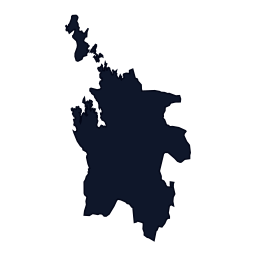 outline of Geita, Geita, United Republic of Tanzania
{"feature_id": "72390352B97667671873629", "entity_name": "Geita", "entity_type": "district", "adm_level": 2, "iso_a3": "TZA", "parent_name": "United Republic of Tanzania", "parent_adm1": "Geita", "projection": "equal_earth", "projection_center": [32.048, -2.782], "detail": "fine", "context": "isolated", "style": "filled", "palette": "ink", "viewbox_px": 256, "rotation_deg": 0, "n_neighbors": 0, "source": "geoboundaries", "source_scale": "gbopen_adm2", "svg_char_len": 5603}
<svg xmlns="http://www.w3.org/2000/svg" viewBox="0 0 256 256"><path d="M84.2,215.1L89.4,215.4L92.6,213.4L97.9,214.4L99.9,213.6L102.4,214.0L104.2,216.0L106.1,216.1L109.1,214.0L113.9,206.0L116.6,200.2L118.0,199.1L120.9,199.7L125.7,201.8L127.2,203.4L129.5,203.9L131.8,207.0L133.0,207.4L134.4,222.4L136.5,221.8L137.5,220.9L143.1,222.6L143.4,224.6L143.1,228.9L144.4,232.6L144.3,235.0L147.2,237.2L149.1,237.7L154.0,240.6L155.9,231.0L157.0,230.0L158.5,226.2L161.9,226.9L164.6,223.4L166.4,219.4L167.9,218.2L169.3,218.1L169.3,216.4L168.1,212.9L169.2,206.0L171.0,204.5L173.5,205.8L172.7,201.3L173.1,197.1L174.7,194.0L173.1,187.0L173.2,183.9L173.7,182.5L170.4,182.0L170.4,185.0L171.2,187.1L167.4,187.1L165.8,185.4L165.4,183.6L163.8,181.1L161.1,179.7L161.1,176.1L159.3,171.1L163.5,153.6L165.1,152.3L168.1,152.4L174.7,158.1L177.6,161.2L180.1,162.2L181.3,162.0L184.6,159.2L189.6,158.5L189.6,155.1L190.2,152.8L189.3,145.2L186.5,141.6L183.8,135.7L184.1,133.6L185.9,131.4L185.6,130.8L178.8,127.7L172.6,126.6L169.8,126.8L168.5,125.5L166.4,124.9L164.5,119.8L162.7,118.0L163.3,116.5L163.1,113.9L164.9,110.7L165.1,107.1L169.2,105.3L170.6,103.0L175.1,101.9L180.2,101.8L180.5,98.9L179.5,95.7L175.9,96.0L169.2,93.5L167.6,93.7L164.5,92.6L161.0,92.4L159.6,91.6L154.7,90.7L141.9,91.2L141.3,89.2L141.1,84.8L137.9,81.2L137.3,79.1L135.1,78.2L132.7,69.2L129.6,70.5L129.6,73.6L126.1,73.3L123.7,74.1L123.4,75.0L124.3,77.4L121.4,79.8L121.0,78.9L121.4,77.1L121.1,77.2L121.3,76.9L120.3,75.1L119.0,78.2L118.4,78.6L117.8,78.2L116.7,75.8L116.0,75.4L116.6,75.5L116.2,75.2L116.7,73.8L115.9,72.9L116.4,70.7L114.8,72.1L114.1,71.2L113.2,71.3L113.0,74.6L112.1,74.9L111.5,74.2L111.3,72.5L109.9,70.1L109.5,68.2L108.6,67.5L107.7,68.0L107.4,69.9L106.5,70.0L105.9,66.2L106.7,63.9L105.7,63.6L105.3,62.6L104.9,64.6L105.5,65.2L104.3,68.5L104.4,70.7L102.8,70.6L102.7,67.5L102.1,66.8L102.3,65.4L101.7,64.8L101.3,66.4L100.3,67.0L100.1,67.8L98.3,67.6L97.9,68.6L99.3,71.1L99.8,70.4L100.8,71.2L101.1,72.8L100.0,74.3L100.1,77.4L100.5,77.8L100.2,76.2L100.6,77.5L102.1,78.2L102.1,80.6L100.3,81.3L99.6,83.5L101.1,86.9L101.2,88.3L99.9,89.4L97.1,89.9L91.0,88.3L90.1,88.8L90.0,90.9L91.2,92.0L91.9,93.5L94.3,95.2L95.0,97.6L96.2,98.9L96.4,100.0L98.3,101.9L99.1,104.6L99.1,107.9L99.3,108.2L99.3,107.4L100.7,107.5L102.2,110.3L102.4,113.0L102.8,113.5L102.2,113.1L101.8,113.6L100.8,112.9L101.2,113.3L100.7,113.2L100.8,114.7L101.4,115.6L100.8,117.8L101.7,118.6L102.0,119.8L104.3,120.9L105.5,122.5L105.8,123.9L106.4,124.3L106.3,126.1L105.8,126.9L104.4,126.3L103.3,127.0L102.7,125.9L101.3,125.4L99.4,128.2L97.3,127.1L96.5,125.0L97.7,120.9L96.8,119.1L97.2,117.8L97.2,116.1L96.6,116.4L96.9,115.4L97.4,115.7L96.5,115.0L96.9,113.2L96.1,112.5L95.5,113.0L95.9,112.3L95.2,113.1L94.5,112.5L94.8,110.6L94.3,110.9L95.2,109.1L94.5,108.9L93.6,110.0L92.8,108.4L91.3,109.2L90.8,110.7L90.2,109.6L90.3,106.3L90.7,107.0L90.7,106.4L91.2,106.8L92.2,104.9L92.2,104.5L91.6,104.6L91.4,104.3L91.9,104.5L91.4,103.2L92.2,101.8L91.4,100.8L89.7,100.2L89.0,101.4L89.1,102.5L88.5,102.9L88.0,102.7L87.4,101.4L86.0,102.5L84.9,102.0L84.4,97.8L83.7,98.9L84.0,99.8L83.1,100.2L83.3,100.9L82.8,102.1L85.4,103.8L85.4,106.5L86.1,106.4L85.9,106.7L87.0,106.1L87.5,108.7L86.6,108.3L86.6,107.2L86.1,106.9L86.1,108.6L87.2,108.9L85.7,108.7L85.4,110.0L86.1,110.0L85.3,110.3L86.1,110.3L85.9,110.9L85.4,110.9L85.8,113.9L86.3,113.5L86.7,114.4L86.5,113.9L86.6,113.6L86.8,114.5L87.5,114.8L87.3,115.4L86.3,115.8L83.8,112.8L82.7,113.8L81.3,117.2L81.2,120.9L80.5,122.9L80.0,121.7L80.6,117.6L80.6,116.7L80.0,115.8L80.3,113.9L79.3,112.9L79.7,112.6L80.3,113.1L80.6,112.9L80.3,113.0L79.9,112.7L80.9,112.5L81.3,110.6L80.7,108.9L78.8,108.6L78.6,107.8L78.9,107.2L78.4,106.6L77.4,107.2L76.4,106.9L76.2,107.6L76.5,108.5L76.2,108.4L76.1,109.4L74.1,108.8L73.2,110.7L73.4,111.7L72.6,113.8L74.3,116.8L75.6,117.4L75.4,118.9L73.7,119.5L74.5,122.8L74.0,124.6L74.3,125.3L74.9,124.9L76.1,126.7L77.0,129.3L76.6,131.4L74.5,132.0L73.6,131.3L74.1,132.9L77.4,141.1L80.5,145.8L82.8,147.8L83.1,149.8L86.5,151.7L87.9,154.3L87.0,155.8L86.7,157.4L88.1,163.9L89.8,168.3L88.6,169.1L89.1,171.9L88.3,172.0L88.6,173.8L86.5,176.5L85.6,179.6L84.2,181.9L84.3,193.2L84.7,194.7L86.6,196.4L87.0,197.4L86.1,201.2L86.6,204.7L84.7,211.0L84.2,215.1ZM77.8,17.7L77.4,16.4L76.1,15.4L72.5,15.6L71.8,16.4L71.6,18.8L69.6,24.0L68.8,24.5L68.6,26.4L67.5,26.7L66.3,25.6L65.8,26.1L66.9,27.9L66.2,29.4L66.4,30.5L67.2,30.7L68.1,30.0L69.3,33.1L73.9,29.4L75.0,29.4L74.8,32.1L73.6,35.0L72.7,35.9L73.0,37.4L76.6,40.8L77.2,43.0L77.6,45.3L77.3,47.5L75.2,53.4L75.1,56.5L76.3,60.5L77.9,61.1L81.8,59.2L83.0,56.4L86.6,55.3L86.5,53.6L87.8,52.0L88.6,51.7L88.9,50.2L87.1,50.0L87.2,48.1L89.0,46.0L88.6,45.6L87.8,45.7L87.9,44.9L87.4,43.9L83.8,41.7L83.5,40.1L85.2,37.0L86.6,36.7L86.9,31.9L88.3,28.3L84.8,33.2L84.1,33.6L82.4,32.7L81.7,31.2L79.8,31.7L78.9,30.9L78.5,29.7L79.1,27.7L77.6,26.0L78.1,25.1L77.7,24.8L77.9,23.9L76.5,21.3L77.8,17.7ZM96.4,46.5L96.4,44.9L95.5,44.5L94.8,45.5L95.2,46.6L94.5,46.1L93.7,46.7L93.7,47.9L93.1,47.4L91.8,49.9L91.7,48.9L90.6,51.8L91.4,51.4L91.9,52.4L93.6,51.0L94.1,51.3L94.0,53.1L94.9,53.3L95.6,51.1L95.1,49.4L96.4,46.5ZM98.9,57.0L97.4,55.0L96.4,55.7L96.5,57.2L95.2,57.3L94.5,56.1L93.7,57.0L94.5,57.4L95.6,59.6L96.5,59.4L96.2,60.8L96.6,61.6L97.8,60.6L98.0,61.5L98.7,61.7L99.1,60.7L98.3,58.5L99.0,57.2L99.7,57.1L99.6,56.3L99.0,56.4L98.9,57.0ZM102.5,55.5L100.1,53.6L99.4,54.3L99.8,56.3L101.0,56.7L101.7,56.2L102.7,56.8L102.5,55.5ZM72.4,110.8L72.6,110.4L72.4,107.6L71.9,108.8L71.4,109.0L71.8,110.5L72.4,110.8ZM113.1,71.2L113.1,70.2L112.9,69.6L112.7,70.8L113.1,71.2ZM96.1,54.2L95.9,53.7L95.4,53.7L95.5,54.1L96.1,54.2Z" fill="#0f172a" stroke="#020617" stroke-width="1.5"/></svg>